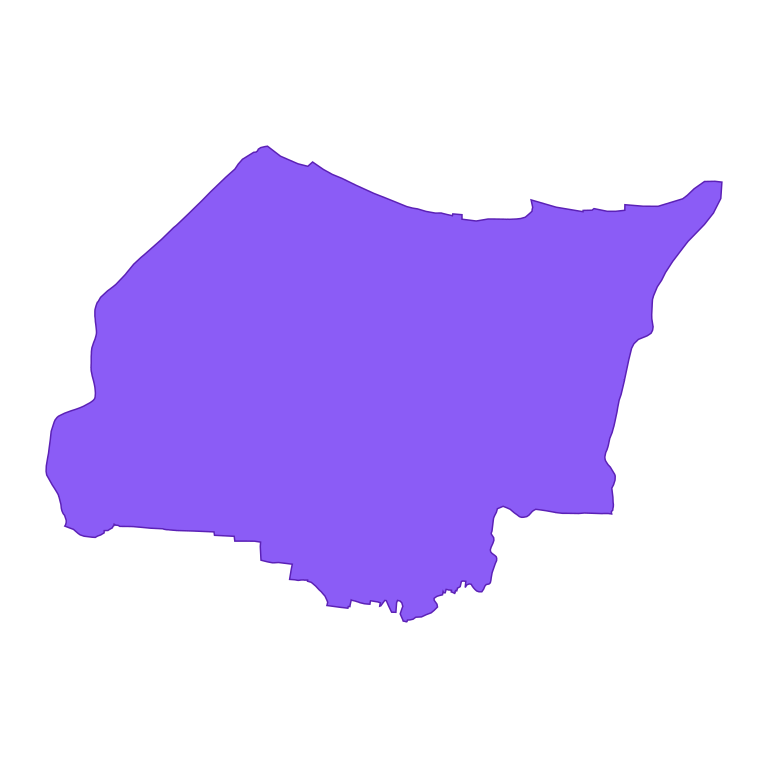 Kota Tegal, Jawa Tengah, Indonesia
{"feature_id": "22746128B85080883644541", "entity_name": "Kota Tegal", "entity_type": "district", "adm_level": 2, "iso_a3": "IDN", "parent_name": "Indonesia", "parent_adm1": "Jawa Tengah", "projection": "mercator", "projection_center": [109.116, -6.87], "detail": "fine", "context": "isolated", "style": "filled", "palette": "violet", "viewbox_px": 768, "rotation_deg": 0, "n_neighbors": 0, "source": "geoboundaries", "source_scale": "gbopen_adm2", "svg_char_len": 5982}
<svg xmlns="http://www.w3.org/2000/svg" viewBox="0 0 768 768"><path d="M64.8,526.1L70.0,528.1L73.5,529.4L76.0,531.6L78.2,533.5L80.2,534.9L82.6,535.7L84.0,536.2L92.1,537.2L95.3,537.4L97.5,536.1L100.8,534.9L102.9,533.6L104.1,532.9L104.2,530.6L107.9,530.5L109.4,529.5L112.4,527.8L113.0,526.3L113.8,525.8L114.1,524.2L114.8,524.5L114.8,525.1L116.4,525.2L118.2,525.4L119.8,526.4L130.3,526.5L133.3,526.6L138.8,527.1L139.1,527.1L150.6,528.2L162.9,528.8L163.9,529.2L164.9,529.4L166.8,529.7L168.2,529.7L169.6,529.9L170.8,530.0L171.0,530.0L173.0,530.2L175.8,530.4L176.4,530.5L193.0,531.0L214.0,531.9L214.5,535.3L234.2,536.3L234.8,541.1L245.6,541.1L254.5,541.2L260.6,542.1L260.3,546.5L260.4,548.6L261.0,560.2L267.3,561.8L272.4,562.8L273.9,562.8L278.5,562.5L292.3,564.2L291.2,569.6L289.6,579.4L294.9,579.8L298.1,580.4L299.0,580.3L300.5,580.1L300.8,580.0L301.4,580.0L301.6,580.0L303.6,579.9L304.0,580.1L307.6,580.1L307.5,581.2L311.2,582.3L312.9,583.7L315.8,586.2L319.1,589.8L321.1,591.6L323.3,594.2L325.0,596.1L326.8,600.0L327.7,602.2L327.1,604.8L326.9,605.5L340.9,607.4L343.8,607.7L347.9,608.2L348.3,606.5L349.9,606.6L350.1,605.1L350.9,601.5L351.2,600.0L351.5,600.2L355.4,601.1L357.1,601.7L358.3,602.0L360.0,602.7L363.4,603.5L364.1,603.7L366.9,604.0L369.9,604.2L370.1,602.9L370.5,600.8L370.9,600.8L375.7,601.6L378.1,602.0L379.1,602.4L380.4,602.8L379.8,605.3L379.7,606.2L380.8,605.8L384.8,600.4L386.3,600.6L388.4,605.5L391.6,612.2L395.9,612.3L396.6,602.7L397.5,600.4L400.0,601.0L401.8,602.8L402.8,606.3L401.6,609.6L400.2,613.9L401.7,617.4L402.7,619.6L403.2,621.1L404.3,621.2L405.5,621.6L406.5,621.8L407.0,621.6L407.4,620.1L410.0,619.9L413.1,619.2L415.8,617.2L421.5,616.9L426.4,614.6L431.2,612.8L434.1,610.4L437.5,607.0L437.0,604.2L434.2,600.3L434.1,598.3L436.8,596.4L439.2,595.6L442.5,594.8L443.1,591.7L443.6,592.8L445.2,592.8L446.1,589.4L447.5,589.6L448.5,590.0L449.4,590.0L451.5,590.3L451.2,591.9L452.6,592.4L454.7,593.4L455.2,592.4L455.0,591.8L455.3,591.2L455.8,590.5L456.7,590.9L457.1,589.8L457.3,589.0L457.4,588.2L459.1,587.3L460.2,586.6L461.4,581.4L462.9,581.0L465.8,581.3L465.2,587.5L466.8,584.9L469.2,583.9L471.3,584.3L472.1,585.9L473.4,587.7L475.0,589.5L476.7,591.0L478.7,591.7L479.2,591.8L481.8,591.8L483.6,589.2L484.9,586.1L486.3,584.5L489.0,584.0L490.3,582.8L490.9,580.3L491.2,577.9L492.1,572.8L493.5,568.7L495.3,563.5L496.6,560.6L496.7,558.3L496.2,556.7L494.9,555.5L491.8,553.2L490.7,551.9L490.3,549.9L491.1,547.2L492.9,543.3L493.9,540.3L493.7,537.7L491.4,534.2L491.2,533.2L492.0,531.0L493.2,521.0L493.6,518.1L494.6,515.7L496.4,512.2L497.4,508.7L500.8,507.3L503.1,506.3L506.9,507.8L510.2,509.3L511.9,510.8L514.4,512.9L517.1,514.8L519.4,516.6L520.8,517.1L521.8,517.3L522.1,517.3L523.8,517.2L526.8,516.6L528.1,515.7L528.8,515.3L530.9,513.0L532.3,511.4L533.7,510.4L535.7,509.3L539.8,509.8L545.9,510.7L546.5,510.8L555.3,512.4L555.4,512.5L562.4,513.3L566.2,513.3L573.2,513.4L578.6,513.5L584.5,513.0L593.2,513.3L602.0,513.6L603.8,513.5L606.1,513.5L608.2,513.5L610.4,513.8L610.6,513.8L610.8,513.8L611.7,514.0L611.7,513.7L611.4,512.7L611.4,511.6L612.8,510.1L612.8,509.1L612.9,508.5L613.3,506.7L613.4,504.5L613.1,502.3L612.9,497.2L612.4,493.1L611.8,488.1L613.6,484.7L613.9,483.7L615.0,480.3L615.1,479.2L615.2,476.0L614.7,474.4L610.6,467.6L610.4,467.2L607.9,464.5L605.6,460.9L605.1,459.3L604.8,457.1L605.7,452.6L607.0,449.7L607.9,446.9L608.3,445.4L609.6,439.2L609.8,438.3L612.1,432.6L613.6,427.1L613.8,426.6L614.9,421.8L616.0,416.5L617.0,411.9L617.8,407.0L617.9,406.6L619.2,400.0L621.1,394.5L621.2,394.1L624.5,380.2L624.4,379.9L624.5,379.9L628.8,359.7L631.6,348.3L633.9,343.8L638.4,339.4L647.2,335.8L649.2,334.5L651.1,333.2L652.6,330.2L653.1,326.8L652.8,325.1L651.8,318.7L651.7,314.7L652.1,306.6L652.2,304.0L652.5,299.4L653.2,297.1L653.5,295.9L657.3,286.8L661.6,280.3L665.5,272.5L672.7,261.4L683.2,247.6L688.0,241.4L701.6,227.4L704.4,224.5L712.6,214.1L713.5,213.0L714.3,211.3L720.8,198.5L721.9,182.1L715.0,181.3L704.5,181.5L694.2,188.7L687.3,195.3L682.7,198.8L658.1,206.3L643.0,206.2L624.9,204.7L624.8,210.3L615.6,211.3L607.3,211.3L594.0,208.6L592.0,210.2L583.1,210.4L583.0,211.7L556.2,207.2L531.1,199.9L532.7,207.3L532.2,209.3L532.0,211.2L530.7,212.5L528.8,214.2L527.3,215.5L525.3,217.2L520.8,218.5L516.5,219.0L509.5,219.3L507.5,219.2L506.5,219.3L505.0,219.2L492.3,219.0L488.1,219.0L476.2,221.0L462.0,219.2L462.0,214.7L452.8,213.9L452.4,215.7L447.0,214.5L441.8,213.2L441.3,213.0L435.4,213.1L426.0,211.4L417.6,208.9L412.6,208.1L406.8,206.6L393.3,201.1L385.6,198.0L373.9,193.4L355.9,185.2L341.8,178.3L332.3,174.4L323.5,169.5L312.6,162.0L307.8,166.3L298.0,163.8L280.5,156.2L267.5,146.2L264.9,146.6L260.7,147.6L258.3,149.2L257.5,150.9L256.0,152.1L253.7,152.3L242.9,159.0L242.5,159.2L239.3,162.9L238.3,164.0L234.9,169.1L225.8,177.2L210.6,191.8L201.7,200.9L194.4,208.0L188.6,213.7L179.7,222.2L176.2,225.5L173.6,227.6L161.3,239.6L144.7,254.3L140.9,257.5L133.7,264.2L126.8,272.6L125.5,274.3L115.9,284.4L112.7,287.0L107.5,290.9L100.6,297.3L98.0,301.8L97.4,302.2L96.8,303.6L96.1,305.6L95.5,307.7L95.0,309.7L94.9,311.4L94.9,314.0L94.9,316.2L95.2,318.5L95.3,319.9L95.4,321.8L95.8,324.6L96.2,328.2L96.4,330.3L96.5,332.3L96.4,333.9L96.0,335.7L95.0,339.2L93.6,342.6L92.7,345.4L91.9,347.8L91.6,350.0L91.4,351.9L91.4,353.5L91.2,356.6L91.2,363.6L91.1,365.1L91.1,366.4L91.0,367.5L91.1,368.3L91.1,369.4L91.2,370.9L91.8,373.7L92.2,375.8L92.7,377.7L93.2,379.6L93.6,381.1L94.1,383.2L94.5,385.2L94.8,386.8L94.9,387.3L95.2,390.3L95.4,393.1L95.3,394.8L95.1,397.1L94.6,398.7L93.3,400.3L91.8,401.5L89.9,402.8L86.9,404.4L83.6,406.2L79.9,407.8L75.5,409.4L71.1,410.8L67.3,412.2L64.6,413.2L60.9,415.0L58.5,416.2L57.0,417.5L56.1,418.7L55.3,419.6L54.3,421.7L53.7,423.5L53.2,425.0L51.2,431.3L50.2,440.4L49.1,448.5L48.5,453.4L47.7,457.5L46.3,465.9L46.1,471.4L46.6,474.4L46.7,475.0L52.3,485.0L54.4,488.2L57.1,492.6L58.4,495.0L58.6,496.0L59.1,497.3L60.9,504.4L61.3,508.2L61.9,510.7L62.0,511.0L63.1,513.5L63.7,514.3L64.6,515.4L66.2,520.3L66.2,522.5L65.6,524.7L64.8,526.1Z" fill="#8b5cf6" stroke="#5b21b6" stroke-width="1.5"/></svg>